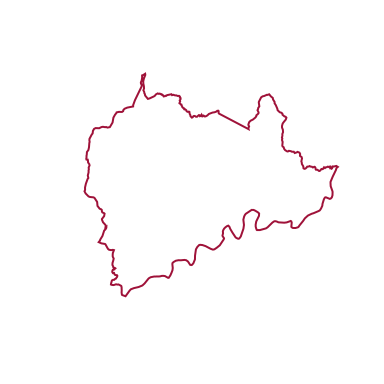 Ansermanuevo, Valle del Cauca, Colombia, rotated 36°
{"feature_id": "7082276B75435633270321", "entity_name": "Ansermanuevo", "entity_type": "district", "adm_level": 2, "iso_a3": "COL", "parent_name": "Colombia", "parent_adm1": "Valle del Cauca", "projection": "equal_earth", "projection_center": [-76.033, 4.79], "detail": "fine", "context": "isolated", "style": "outline", "palette": "rose", "viewbox_px": 384, "rotation_deg": 36, "n_neighbors": 0, "source": "geoboundaries", "source_scale": "gbopen_adm2", "svg_char_len": 6010}
<svg xmlns="http://www.w3.org/2000/svg" viewBox="0 0 384 384"><g transform="rotate(36 192 192)"><path d="M295.2,86.0L293.4,86.1L291.8,88.0L290.9,88.5L291.4,90.6L291.2,91.2L290.5,91.2L290.0,91.5L289.6,90.2L289.1,89.9L288.6,90.3L288.0,91.4L287.0,91.6L286.4,92.8L285.8,93.3L285.5,94.5L284.3,94.4L284.4,96.5L284.2,96.8L283.2,97.3L283.1,99.4L282.8,100.0L282.5,100.3L280.3,100.3L279.2,101.1L278.6,100.9L277.6,99.8L276.6,99.5L276.1,99.7L275.4,101.1L274.1,101.1L273.1,101.7L271.9,101.9L271.6,102.6L270.3,103.8L270.3,105.1L270.0,106.4L269.3,107.2L268.3,107.3L266.9,105.8L264.5,104.8L263.3,103.5L262.5,103.0L261.2,100.1L259.9,99.2L258.4,99.4L257.7,98.8L257.2,97.7L255.8,97.0L253.8,97.5L253.5,98.3L252.2,100.1L250.7,99.6L249.2,100.7L248.2,100.8L246.2,101.7L245.8,102.8L245.2,103.2L242.8,103.4L241.1,102.9L239.9,101.9L238.5,101.9L237.8,101.4L235.9,98.2L234.2,97.0L233.6,95.6L232.8,95.2L232.1,93.4L231.0,92.0L230.5,90.1L228.9,88.2L227.0,87.0L226.0,85.7L225.1,83.3L225.1,81.5L225.3,78.3L224.7,76.4L223.5,76.1L222.4,76.5L219.8,76.3L219.1,75.5L217.8,75.3L216.1,75.9L213.2,75.5L212.0,74.4L208.6,72.4L206.7,71.7L205.9,70.6L203.2,69.5L202.0,68.4L199.7,68.3L197.0,67.6L196.1,69.0L195.5,69.3L193.9,72.0L192.9,73.1L192.3,74.8L193.1,79.7L193.4,80.3L196.1,83.1L196.2,85.2L196.7,86.0L196.9,87.3L199.0,88.4L199.5,89.2L199.5,89.9L199.0,92.2L199.5,93.0L199.5,94.5L198.7,97.6L197.5,99.9L197.2,101.9L197.9,104.2L198.7,105.0L199.6,105.3L200.2,107.4L200.8,107.9L167.8,112.7L167.0,112.4L166.0,110.9L165.4,110.8L164.7,111.5L164.3,112.9L163.4,114.2L161.9,115.7L159.8,118.9L159.4,121.1L158.6,122.8L157.7,123.5L156.9,123.3L156.1,123.5L156.1,124.6L155.8,124.9L155.5,124.9L154.4,124.1L154.5,125.1L154.1,125.7L153.8,125.3L153.5,125.7L153.1,125.4L152.4,125.7L151.8,128.2L150.9,128.8L149.9,128.8L149.0,129.2L148.6,129.8L148.6,131.1L148.2,131.9L146.3,131.6L145.5,130.8L144.1,130.1L142.8,128.7L142.2,128.8L141.7,129.5L141.1,129.8L140.1,129.8L139.3,129.2L137.9,129.1L137.5,129.6L137.1,129.7L136.3,129.0L135.3,129.2L134.2,129.0L133.7,128.5L133.0,128.3L132.1,127.5L131.5,127.8L130.8,127.5L129.7,127.6L129.5,127.2L129.1,125.6L128.2,125.1L128.2,123.7L127.7,122.9L127.3,122.6L126.7,122.8L126.1,121.9L125.1,121.8L123.8,122.8L122.6,123.0L121.5,123.8L119.8,124.3L118.9,125.4L117.9,125.0L114.9,128.3L114.6,129.4L114.0,129.7L113.8,130.4L112.9,131.3L112.1,130.8L111.5,131.0L111.2,130.8L110.6,131.1L109.9,130.7L109.2,131.3L108.1,131.3L107.5,132.1L106.3,132.4L105.4,134.4L105.4,135.9L105.0,137.0L102.8,141.0L101.6,142.6L97.4,141.5L96.2,140.4L95.4,140.1L94.6,139.2L92.9,138.3L92.3,136.4L90.9,134.7L88.8,132.8L87.5,131.1L86.4,128.5L85.4,124.7L84.6,123.9L83.8,126.0L83.1,127.0L84.4,128.7L85.8,131.5L86.2,133.4L87.0,134.3L88.5,135.0L89.2,136.3L91.9,151.3L93.3,156.2L94.1,157.4L90.0,161.8L88.5,164.3L88.3,166.1L88.8,167.1L88.3,168.4L85.8,170.1L84.2,171.9L84.4,172.6L84.3,174.7L84.7,178.0L86.9,182.5L87.4,187.8L85.7,189.6L84.3,189.9L83.7,190.6L81.6,191.6L80.6,192.7L79.4,195.0L76.5,196.9L75.7,198.4L75.9,200.7L77.2,203.1L77.1,204.4L77.8,209.2L78.5,210.4L79.8,211.7L80.0,212.5L82.4,216.4L83.5,218.9L83.5,221.4L85.0,223.8L85.4,224.8L86.2,225.8L87.0,227.4L87.6,227.8L88.6,227.1L89.4,227.8L90.6,229.2L92.6,229.9L93.5,230.7L94.0,232.9L95.3,234.4L95.6,235.3L96.8,236.9L98.0,239.9L99.9,241.6L99.9,242.9L101.3,247.7L102.8,251.2L104.3,253.2L104.6,254.6L106.8,255.7L110.9,256.4L112.4,256.0L115.5,254.2L116.6,254.1L121.1,255.8L123.7,258.8L127.1,259.8L128.6,259.4L129.5,259.5L130.8,260.9L131.6,261.2L133.3,260.8L134.0,260.9L135.1,263.2L135.0,266.8L135.4,267.3L137.8,268.8L141.3,269.5L142.1,270.1L142.9,271.7L143.2,270.5L143.6,271.1L143.9,272.0L143.9,273.5L143.6,274.8L145.4,280.2L145.7,284.1L145.8,284.7L146.1,285.3L146.0,287.4L148.9,286.8L152.1,285.2L152.7,285.2L157.4,287.4L158.8,287.5L160.7,286.6L162.0,285.3L163.0,284.9L163.8,287.8L164.4,288.9L165.6,290.6L166.4,291.2L167.7,291.8L168.5,293.5L169.4,296.1L170.5,297.8L172.2,298.7L172.7,299.3L173.3,299.5L174.2,298.8L174.7,298.8L174.5,299.3L174.8,300.1L173.7,301.6L174.0,302.8L174.5,303.6L175.7,304.1L176.5,303.3L177.6,304.1L178.6,304.3L180.2,303.4L180.9,303.7L181.3,304.8L181.2,305.7L181.4,306.6L180.8,307.7L180.7,308.7L179.8,309.4L179.2,310.7L180.4,313.8L180.8,314.5L181.4,314.4L183.0,313.6L183.6,313.0L184.8,311.3L186.0,310.8L186.9,310.0L189.5,309.6L190.0,309.6L191.0,310.4L193.1,313.1L194.1,314.7L195.6,316.2L196.0,316.4L199.5,315.4L199.5,308.8L199.7,306.7L201.5,303.9L204.7,300.2L206.8,296.8L207.4,293.9L207.7,287.8L207.9,286.9L208.7,285.2L211.0,282.7L215.6,279.2L216.9,277.6L218.2,276.6L219.6,275.9L223.1,275.5L223.6,275.1L223.5,272.2L222.9,269.4L222.2,266.8L221.1,264.8L218.5,261.9L218.0,261.0L218.2,259.6L219.3,257.1L221.2,255.1L223.1,253.8L225.8,251.4L227.4,250.6L229.6,250.6L233.3,252.0L234.3,251.6L234.8,251.0L235.0,248.9L234.0,244.8L231.8,241.6L228.9,236.1L228.6,233.3L229.0,230.6L229.7,229.9L231.6,228.8L234.8,227.8L240.4,227.0L242.6,226.4L243.4,225.8L243.9,225.0L244.8,222.5L245.8,218.8L245.5,211.6L245.1,210.6L242.7,209.7L242.3,209.4L241.4,207.2L240.1,205.7L239.7,204.5L239.5,202.7L239.8,200.8L240.4,199.0L241.1,197.9L242.6,198.1L244.7,199.4L248.4,201.0L253.7,203.0L254.9,203.1L256.8,202.7L257.4,202.2L257.6,201.4L257.6,199.3L255.2,191.5L253.4,188.1L249.8,184.2L248.6,181.2L248.3,179.6L248.3,178.1L250.8,171.4L252.4,170.3L253.8,170.0L257.2,169.7L258.9,169.9L260.2,171.9L261.3,178.1L262.7,181.0L263.9,182.6L265.0,183.5L266.6,184.6L267.0,184.6L269.3,182.9L273.2,178.0L273.9,176.1L275.0,169.5L275.7,167.5L276.3,166.8L277.8,166.1L279.8,165.7L284.7,162.6L286.5,160.9L288.9,157.4L289.6,157.4L290.7,158.2L292.7,161.6L293.1,161.9L294.4,161.9L295.4,161.4L296.9,160.3L298.5,158.2L298.7,157.3L298.6,156.0L298.9,150.1L298.8,147.0L299.5,143.6L299.7,142.8L301.6,139.3L302.8,137.7L305.5,133.2L306.1,132.0L306.2,131.3L306.1,129.5L305.5,126.5L304.6,125.0L304.1,123.6L303.0,120.4L302.8,118.7L302.9,118.1L303.4,117.6L307.5,116.6L308.1,115.7L308.3,114.2L307.6,112.1L305.9,109.6L305.3,108.9L300.8,105.8L298.7,103.2L298.1,102.3L296.8,96.8L295.5,89.6L294.9,88.0L294.9,87.1L295.2,86.0Z" fill="none" stroke="#9f1239" stroke-width="2"/></g></svg>